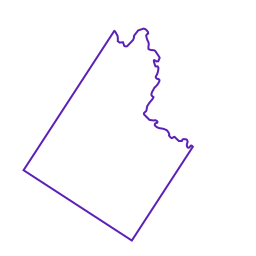 the district of Wilbarger, Texas, United States of America, rotated 33°
{"feature_id": "52423323B71723905303227", "entity_name": "Wilbarger", "entity_type": "district", "adm_level": 2, "iso_a3": "USA", "parent_name": "United States of America", "parent_adm1": "Texas", "projection": "robinson", "projection_center": [-99.204, 34.146], "detail": "fine", "context": "isolated", "style": "outline", "palette": "violet", "viewbox_px": 256, "rotation_deg": 33, "n_neighbors": 0, "source": "geoboundaries", "source_scale": "gbopen_adm2", "svg_char_len": 1699}
<svg xmlns="http://www.w3.org/2000/svg" viewBox="0 0 256 256"><g transform="rotate(33 128 128)"><path d="M192.5,220.3L192.6,108.4L191.1,108.1L190.5,108.3L190.2,108.8L190.2,110.3L190.1,110.8L189.2,111.8L188.5,111.8L187.3,111.1L186.6,110.3L186.1,109.1L185.5,107.0L184.0,105.9L183.1,105.8L180.7,107.0L180.0,107.9L180.2,109.6L179.4,110.2L177.6,111.2L171.9,110.1L171.6,110.3L171.2,110.8L170.8,111.9L170.1,112.7L168.8,112.7L166.5,112.0L166.4,111.8L166.3,111.3L166.0,110.8L164.5,109.7L162.1,108.8L161.2,108.8L158.1,109.4L154.0,111.2L151.4,111.6L149.6,111.3L148.8,110.9L148.3,110.0L148.4,109.4L148.8,108.6L149.4,108.1L149.6,107.6L149.4,106.8L149.1,106.6L148.6,106.4L146.8,106.5L145.3,107.8L141.6,109.5L134.1,107.9L133.5,107.2L133.3,106.6L133.5,105.6L134.0,104.1L133.9,103.4L133.7,102.6L132.6,100.3L132.2,99.1L132.3,94.2L132.8,90.8L132.6,88.3L132.4,88.1L131.4,88.2L130.6,88.0L129.6,87.5L129.1,86.6L128.6,84.9L128.2,79.5L128.6,78.5L129.1,75.2L128.9,71.9L128.3,70.7L127.2,70.3L126.6,70.4L126.1,70.8L125.1,70.9L124.1,70.6L123.5,70.1L123.3,69.6L123.1,66.8L122.3,64.1L120.9,61.1L119.4,60.2L118.8,60.4L118.0,61.2L117.0,61.1L113.9,58.5L113.0,57.5L112.9,57.0L113.3,56.7L115.6,56.6L116.4,56.1L117.0,55.6L116.4,52.0L115.7,51.5L109.3,48.7L108.2,48.5L107.1,48.8L104.8,50.1L102.8,50.6L102.3,50.6L102.0,50.4L100.9,48.8L99.8,46.4L98.4,44.9L96.6,43.9L94.4,42.1L92.9,40.6L92.8,39.8L92.8,39.3L93.3,38.4L93.4,37.7L92.3,36.5L89.7,35.7L88.3,35.7L86.9,36.2L83.4,40.6L82.9,46.0L82.9,47.5L83.0,47.9L83.7,48.5L84.3,51.4L82.8,59.6L82.3,60.4L81.4,60.9L80.4,61.2L80.0,61.1L77.1,58.8L74.5,60.9L72.1,60.7L71.1,59.0L69.2,56.5L64.7,54.1L63.6,54.1L63.5,146.0L63.4,220.3L192.5,220.3Z" fill="none" stroke="#5b21b6" stroke-width="2"/></g></svg>